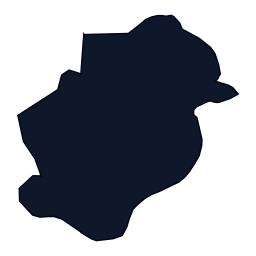 map outline of Flevoland (Albers equal-area conic projection)
{"feature_id": "NLD-902", "entity_name": "Flevoland", "entity_type": "Province", "adm_level": 1, "iso_a3": "NLD", "parent_name": "Netherlands", "parent_adm1": "", "projection": "albers", "projection_center": [5.642, 52.551], "detail": "fine", "context": "isolated", "style": "filled", "palette": "ink", "viewbox_px": 256, "rotation_deg": 0, "n_neighbors": 0, "source": "natural_earth", "source_scale": "10m", "svg_char_len": 1032}
<svg xmlns="http://www.w3.org/2000/svg" viewBox="0 0 256 256"><path d="M171.5,15.4L173.8,16.8L179.7,23.1L182.1,29.1L199.5,38.6L210.5,47.5L213.3,51.2L215.0,54.0L218.4,64.0L220.3,74.0L218.9,76.1L218.0,78.4L216.3,80.1L215.8,80.7L216.5,81.4L218.5,82.3L228.1,85.1L232.8,87.7L238.1,94.0L230.5,98.3L219.0,102.3L216.8,102.4L212.9,101.8L211.5,101.0L208.4,101.2L196.3,106.8L196.1,107.1L193.6,110.0L193.6,114.7L196.9,117.6L201.9,139.5L201.6,145.9L199.1,155.7L195.0,162.9L189.6,171.3L185.0,176.8L179.0,181.9L170.0,186.2L159.5,191.3L151.2,194.6L144.8,198.4L138.3,203.9L133.1,209.0L129.2,218.7L126.7,227.2L122.0,235.6L113.4,238.6L96.4,240.6L92.3,239.1L91.7,238.9L82.0,233.1L82.4,233.0L62.1,219.1L54.0,216.5L49.0,216.5L40.0,217.1L32.7,215.1L19.6,201.1L19.3,188.4L32.9,175.8L41.1,175.9L35.0,158.7L23.5,141.5L17.9,115.4L57.8,89.7L61.7,75.1L69.0,70.1L80.9,73.9L83.8,34.6L83.8,34.2L84.1,34.6L128.3,33.5L138.2,25.9L145.9,19.5L151.6,17.0L157.4,15.7L162.8,15.7L166.0,16.3L166.7,16.1L171.5,15.4Z" fill="#0f172a" stroke="#020617" stroke-width="1.5"/></svg>